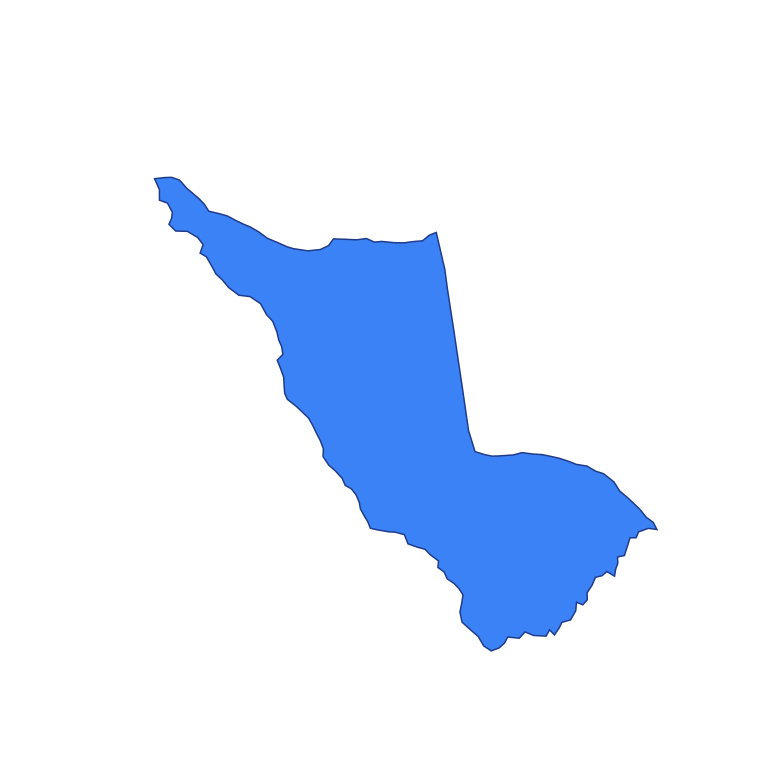 Ribeirão dos Índios, São Paulo, Brazil (Natural Earth projection), rotated 126°
{"feature_id": "56859067B88412336093281", "entity_name": "Ribeirão dos Índios", "entity_type": "district", "adm_level": 2, "iso_a3": "BRA", "parent_name": "Brazil", "parent_adm1": "São Paulo", "projection": "natural_earth1", "projection_center": [-51.581, -21.806], "detail": "fine", "context": "isolated", "style": "filled", "palette": "blue", "viewbox_px": 768, "rotation_deg": 126, "n_neighbors": 0, "source": "geoboundaries", "source_scale": "gbopen_adm2", "svg_char_len": 2162}
<svg xmlns="http://www.w3.org/2000/svg" viewBox="0 0 768 768"><g transform="rotate(126 384 384)"><path d="M341.3,77.7L337.7,84.8L337.7,93.4L334.9,103.7L333.0,118.3L332.0,130.5L328.1,140.4L327.5,153.6L330.2,161.7L331.1,171.6L336.0,181.2L338.3,190.1L341.1,198.5L344.4,206.3L348.2,214.6L353.5,223.0L358.3,231.9L365.5,237.8L374.7,248.8L379.0,254.4L382.1,261.4L385.2,270.6L372.0,288.2L341.9,317.5L335.5,323.8L297.7,360.9L281.1,377.4L276.4,382.0L270.3,388.1L255.5,402.2L230.7,430.8L237.0,434.8L245.5,437.0L251.8,444.3L257.9,450.6L263.8,459.0L270.1,469.8L274.9,475.2L276.6,483.7L283.3,490.7L290.1,501.0L296.3,510.2L304.6,510.2L312.7,514.6L321.2,524.1L324.4,530.4L327.7,536.7L330.0,543.2L332.1,553.1L334.6,563.7L334.6,575.2L335.6,584.5L337.4,592.1L338.9,600.5L340.1,609.4L342.9,617.1L347.2,627.3L344.2,635.0L342.9,642.1L342.3,649.4L341.5,659.0L339.2,669.3L341.7,677.4L346.0,682.9L352.8,690.3L358.7,680.0L367.3,673.7L364.9,665.5L369.5,656.1L374.8,653.2L381.2,651.9L382.7,642.5L376.0,632.6L375.0,620.9L377.5,612.3L386.2,609.7L385.5,602.4L389.8,592.8L393.8,584.5L394.8,576.0L397.3,566.3L397.5,553.6L392.0,543.7L391.6,531.1L396.9,519.8L398.7,510.9L404.7,501.4L410.5,494.7L413.9,488.8L419.4,483.2L427.5,484.4L432.4,476.6L437.5,469.1L443.6,464.2L449.8,459.0L453.2,453.2L453.7,441.4L455.9,425.0L459.3,417.5L463.4,409.9L467.4,402.0L472.0,395.0L478.5,390.7L482.1,381.1L482.9,372.2L484.9,362.4L488.8,355.8L488.0,348.5L490.2,341.2L494.3,334.4L498.9,329.7L502.4,322.3L505.0,316.1L508.7,310.2L505.7,303.2L500.8,293.3L497.3,287.9L493.9,279.0L499.2,270.6L496.5,261.4L493.6,253.7L494.9,246.7L495.1,235.9L500.7,232.6L500.7,224.9L504.5,218.3L504.2,209.9L505.4,203.3L508.1,196.2L515.2,192.5L523.9,188.5L530.8,180.8L532.0,169.8L532.9,159.4L537.3,149.3L536.9,140.4L529.8,135.7L522.7,134.2L516.0,135.2L510.1,125.1L501.7,124.2L499.5,115.1L492.7,104.7L485.6,105.5L486.8,98.6L478.2,98.9L472.3,100.0L465.2,94.4L454.7,95.6L447.4,100.0L445.8,93.4L439.1,92.7L433.4,97.0L424.4,97.4L416.1,99.3L410.9,94.9L404.7,93.4L404.0,84.5L397.5,87.8L391.7,89.4L386.7,93.4L381.5,88.7L371.6,91.9L363.9,94.6L360.2,89.7L353.9,91.1L345.4,85.3L341.3,77.7Z" fill="#3b82f6" stroke="#1e3a8a" stroke-width="1.5"/></g></svg>